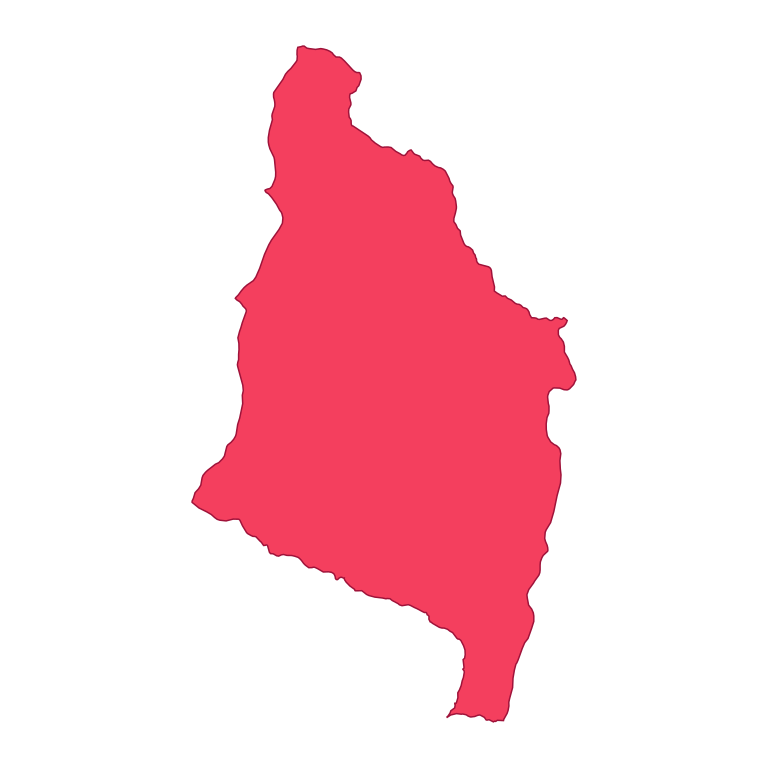 the district of Galán, Santander, Colombia
{"feature_id": "7082276B89750880052970", "entity_name": "Galán", "entity_type": "district", "adm_level": 2, "iso_a3": "COL", "parent_name": "Colombia", "parent_adm1": "Santander", "projection": "natural_earth1", "projection_center": [-73.323, 6.674], "detail": "fine", "context": "isolated", "style": "filled", "palette": "rose", "viewbox_px": 768, "rotation_deg": 0, "n_neighbors": 0, "source": "geoboundaries", "source_scale": "gbopen_adm2", "svg_char_len": 6088}
<svg xmlns="http://www.w3.org/2000/svg" viewBox="0 0 768 768"><path d="M567.2,320.5L564.2,317.9L563.4,317.7L563.0,318.4L561.9,319.3L560.8,319.2L557.1,317.6L554.8,317.7L553.4,319.4L551.7,320.4L549.9,320.4L546.4,318.1L544.7,318.2L539.5,319.4L537.7,319.2L536.6,318.3L534.9,317.9L531.5,317.7L529.7,314.6L529.0,312.0L527.8,310.0L526.7,308.8L525.2,308.1L523.0,307.5L521.0,305.4L519.3,304.4L516.9,304.1L515.2,303.3L511.3,300.0L507.5,298.3L505.3,296.0L503.7,296.0L503.0,296.4L502.0,296.0L497.0,293.0L494.3,291.0L494.5,286.9L492.1,276.8L491.4,270.5L490.8,268.9L489.8,267.6L488.5,266.8L478.8,264.2L477.3,262.5L476.6,261.0L476.5,259.0L475.7,257.6L475.1,255.0L473.6,253.1L472.6,250.1L470.3,248.0L468.5,246.9L466.5,246.4L464.9,245.0L463.9,243.4L460.6,235.1L460.2,230.9L457.5,228.3L455.9,224.5L453.8,221.6L453.9,218.4L455.4,213.0L456.4,208.2L456.4,206.4L455.7,201.0L455.1,198.4L453.5,195.9L452.6,194.0L452.3,192.2L453.1,187.1L452.9,185.9L451.0,183.4L449.8,181.1L449.0,178.3L445.3,171.1L443.4,169.4L440.7,167.9L438.4,167.5L434.9,165.9L432.4,163.7L430.5,161.4L428.5,160.2L424.6,160.5L422.9,160.1L420.9,158.2L419.9,156.4L419.1,155.9L414.6,154.2L413.5,153.1L411.2,150.0L410.3,150.1L409.1,150.7L407.6,151.8L407.1,152.8L405.1,155.2L403.6,155.5L401.7,154.9L400.2,153.8L395.8,151.4L391.1,147.5L388.2,147.0L384.4,147.1L382.7,147.4L380.7,146.7L375.2,143.1L371.4,139.9L370.1,137.9L368.3,136.2L353.0,126.0L352.0,125.8L351.5,124.9L351.2,123.7L351.1,120.6L350.4,118.8L349.2,117.2L348.6,112.0L348.8,109.0L350.9,104.8L350.9,102.9L349.6,97.7L349.7,95.2L350.2,93.8L352.2,93.2L355.9,90.9L357.1,87.4L358.8,85.7L361.1,79.2L361.0,75.8L359.7,72.8L359.4,72.6L356.6,72.5L354.7,71.6L352.8,70.0L344.6,61.1L341.3,58.0L339.5,57.1L336.0,57.0L333.5,54.7L332.2,52.9L329.9,51.3L326.8,49.9L323.3,49.0L320.8,48.6L315.5,49.4L309.3,48.6L306.8,48.1L304.2,46.1L302.5,46.1L301.2,46.6L297.8,47.3L297.1,50.2L297.0,54.7L297.3,56.1L297.0,60.3L296.1,61.8L290.9,68.5L287.8,71.4L285.5,74.2L282.9,79.4L273.8,92.4L273.5,94.0L273.6,97.2L274.3,99.7L274.7,102.0L274.9,104.0L274.8,106.4L272.2,114.0L271.9,116.0L272.4,119.8L269.5,130.1L268.3,137.4L268.3,142.1L268.8,145.0L269.9,148.8L274.0,157.3L274.5,159.7L275.7,172.2L275.6,176.4L274.9,179.5L272.0,186.4L269.9,188.5L267.3,189.1L265.2,190.0L265.0,190.7L266.1,192.4L268.5,193.8L271.8,197.6L276.6,204.4L279.7,210.2L281.1,211.9L281.9,213.6L282.9,217.8L282.4,223.3L279.0,229.5L271.4,240.2L268.8,244.8L264.5,254.4L259.7,268.3L255.9,277.0L253.4,280.6L246.9,285.1L244.1,287.6L241.2,291.0L238.3,295.0L235.7,297.6L235.3,298.4L236.9,300.0L239.7,301.7L241.9,304.3L242.8,305.9L245.5,308.6L246.0,309.4L246.3,310.5L246.2,311.8L242.3,322.7L240.9,327.6L239.6,331.3L237.9,337.8L238.9,343.5L239.0,349.7L238.6,354.4L238.6,359.7L237.8,362.3L237.4,364.7L237.7,366.5L242.8,385.2L243.3,390.7L242.3,395.2L242.7,403.7L239.7,418.1L237.7,424.4L236.2,434.0L235.5,436.2L233.7,439.3L231.1,442.3L227.9,444.8L226.8,446.5L224.4,456.1L222.5,458.9L218.7,462.7L215.4,464.2L207.5,470.4L205.4,472.4L203.0,475.4L202.1,477.8L200.8,485.2L198.6,488.8L195.1,492.6L193.4,498.3L192.1,501.1L192.1,502.4L199.0,508.0L207.0,512.0L211.3,514.5L214.6,517.5L217.1,519.3L219.8,520.2L226.1,520.9L233.2,519.1L238.8,519.2L239.9,520.2L242.5,525.8L246.6,532.6L247.8,533.7L251.2,535.6L253.0,536.4L254.4,536.4L256.0,536.8L260.0,541.1L261.2,542.1L263.6,545.5L265.4,545.3L266.1,544.9L267.0,545.1L267.6,545.8L269.4,552.2L270.5,553.6L273.2,553.8L276.7,555.8L278.7,556.1L281.5,554.8L283.6,554.5L286.9,555.4L291.8,555.5L294.7,556.2L298.0,557.3L299.5,558.4L301.5,560.5L303.7,563.5L305.3,565.1L308.8,567.7L312.2,567.6L313.1,567.2L314.7,567.3L317.5,568.6L323.3,572.0L328.4,571.8L331.5,572.3L333.7,573.6L334.7,575.3L335.2,576.8L335.4,578.4L336.1,579.4L337.0,579.7L337.7,579.5L339.3,577.9L340.6,577.3L341.8,577.3L343.5,578.1L344.3,578.0L344.2,578.7L344.8,580.1L346.2,582.2L350.0,586.1L354.5,589.3L355.0,590.6L355.5,590.8L361.8,590.7L366.5,594.4L368.8,595.5L374.8,597.1L382.5,598.0L386.0,598.8L387.0,598.5L390.0,598.7L392.2,600.5L398.2,603.7L399.4,604.8L402.0,605.7L408.2,604.7L410.4,605.4L414.4,607.5L416.9,608.6L422.7,611.7L424.4,612.5L426.1,612.5L426.8,613.3L427.1,614.7L427.9,615.1L429.0,616.3L428.9,619.2L430.2,621.9L431.4,622.3L432.4,623.3L439.3,627.3L441.7,628.0L444.3,628.1L447.6,629.3L450.0,631.2L452.6,632.6L456.9,638.3L458.0,639.1L459.0,639.1L459.9,639.6L460.9,640.5L463.6,645.8L465.0,650.0L465.2,654.7L464.6,658.2L463.1,659.6L464.0,667.3L463.8,668.3L463.0,668.9L462.9,669.4L464.0,670.6L464.3,672.1L463.4,677.5L462.2,680.8L461.2,685.5L459.5,689.8L457.8,692.8L457.9,697.7L456.6,702.1L456.0,703.3L454.8,703.3L454.8,704.1L455.2,704.7L454.7,707.9L450.9,710.7L450.0,713.1L448.2,715.8L447.0,717.0L447.2,717.3L450.7,715.0L456.5,713.6L461.3,714.2L462.7,714.0L465.4,714.6L466.5,714.9L467.6,715.8L469.4,716.6L470.8,717.0L474.7,716.5L477.8,715.3L479.6,715.0L480.6,715.3L484.4,717.4L486.1,719.9L487.0,720.1L489.1,719.7L493.4,721.9L494.5,721.2L495.7,721.4L497.3,720.3L503.5,720.6L503.8,719.3L507.1,713.4L508.1,710.4L508.9,706.0L508.8,702.2L509.7,698.2L512.6,687.6L513.0,678.2L514.4,670.0L515.9,664.2L516.8,662.9L518.2,659.7L522.3,648.3L524.7,642.7L528.0,638.5L531.6,628.4L533.8,621.4L533.8,616.0L533.3,612.8L531.7,609.1L528.6,605.1L527.3,598.1L526.9,594.7L528.8,589.5L533.4,583.2L534.8,580.8L538.8,575.3L539.8,572.7L540.1,570.0L540.1,564.9L540.4,561.8L541.9,557.7L543.2,555.4L547.6,551.3L547.9,550.2L547.7,547.6L547.1,545.2L545.5,541.5L544.7,538.5L545.2,532.3L546.2,529.8L550.6,522.6L553.8,511.6L557.1,495.6L560.5,483.1L561.0,474.9L560.3,468.7L559.9,460.6L560.8,453.7L560.0,449.8L558.9,447.8L556.5,445.6L554.2,444.6L550.7,441.9L547.8,437.1L547.2,435.5L546.3,429.6L546.2,423.8L547.0,417.6L548.8,413.3L549.0,411.0L549.0,406.1L548.3,403.4L547.6,397.1L547.8,395.4L549.2,391.6L553.1,388.1L554.2,387.9L559.8,388.1L564.0,389.7L567.0,389.9L567.9,389.7L569.6,388.7L573.6,384.5L575.0,381.3L575.9,379.9L575.6,376.7L574.5,372.8L572.5,369.2L571.1,365.8L569.9,364.0L568.8,360.0L567.5,357.3L564.4,352.1L564.4,346.4L563.4,342.1L561.3,338.9L559.7,337.3L558.4,334.8L558.3,330.3L559.2,328.4L563.9,326.2L565.4,324.5L566.6,322.3L567.2,320.5Z" fill="#f43f5e" stroke="#9f1239" stroke-width="1.5"/></svg>